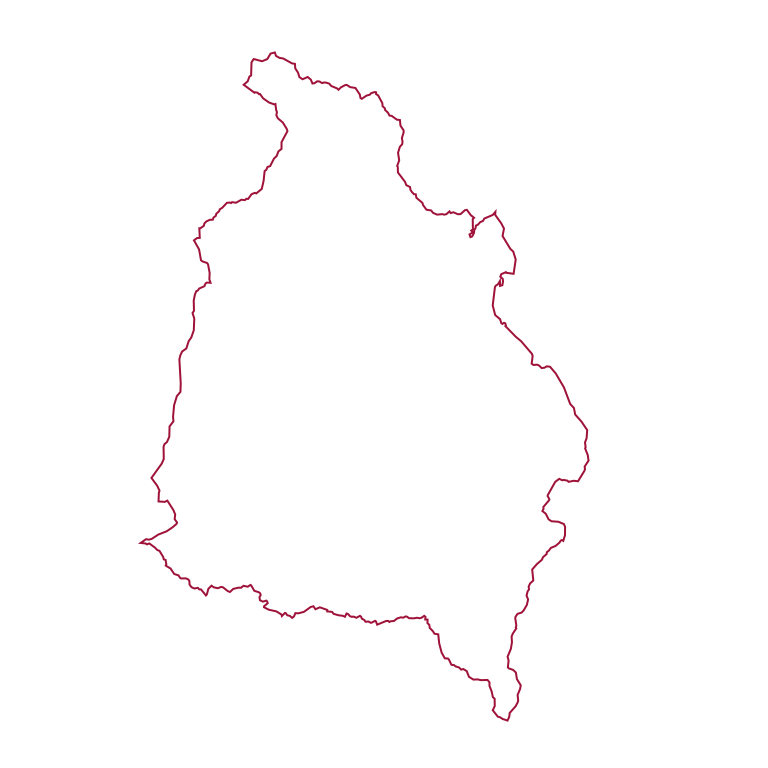 Reghiu, Vrancea, Romania (Natural Earth projection), rotated 110°
{"feature_id": "2599482B22331629819440", "entity_name": "Reghiu", "entity_type": "district", "adm_level": 2, "iso_a3": "ROU", "parent_name": "Romania", "parent_adm1": "Vrancea", "projection": "natural_earth1", "projection_center": [26.855, 45.811], "detail": "fine", "context": "isolated", "style": "outline", "palette": "rose", "viewbox_px": 768, "rotation_deg": 110, "n_neighbors": 0, "source": "geoboundaries", "source_scale": "gbopen_adm2", "svg_char_len": 6166}
<svg xmlns="http://www.w3.org/2000/svg" viewBox="0 0 768 768"><g transform="rotate(110 384 384)"><path d="M453.0,575.2L461.0,572.6L466.2,574.5L475.7,574.0L487.0,571.0L491.1,569.1L497.2,571.0L507.1,567.7L512.8,568.1L515.5,569.7L518.3,569.7L529.8,565.3L534.7,565.6L551.8,570.4L557.2,562.3L561.0,558.5L563.4,558.3L571.5,555.7L569.7,549.6L567.7,547.7L574.4,538.9L578.0,535.6L582.6,534.5L584.9,531.1L586.4,531.1L591.0,533.7L596.8,537.9L602.7,544.6L609.0,549.3L610.7,551.7L611.2,554.5L616.6,558.3L615.4,553.4L615.8,551.9L614.1,550.0L616.1,543.2L617.5,540.4L617.6,537.9L622.2,532.2L624.1,531.0L624.0,529.1L627.8,526.9L629.3,527.0L630.4,521.5L634.3,516.1L634.1,511.7L635.9,509.3L636.1,508.0L634.4,503.7L634.6,501.0L635.7,499.5L639.0,498.1L640.8,495.3L641.0,492.2L639.2,489.2L640.2,487.3L639.6,485.7L643.6,479.0L642.3,478.5L636.5,479.0L632.5,477.1L633.3,474.5L632.7,470.2L630.4,467.7L630.1,465.8L632.1,459.8L632.1,457.6L628.1,455.6L625.1,451.0L624.4,448.7L621.7,447.0L621.1,442.7L618.5,440.8L618.7,439.9L622.7,435.1L622.5,430.5L623.0,428.8L624.5,427.7L626.9,428.1L629.6,426.6L629.9,423.3L627.8,420.5L628.3,419.4L629.8,418.3L633.9,420.7L634.8,420.4L635.5,415.2L634.5,407.3L635.7,401.5L637.0,400.6L633.0,398.8L632.9,398.0L634.4,395.9L634.1,393.1L635.2,390.3L633.2,389.1L629.6,388.9L628.9,386.3L625.6,381.4L618.6,376.6L617.0,374.3L619.1,371.4L615.8,367.9L615.7,360.1L617.1,359.6L615.9,354.9L617.2,352.8L616.9,347.8L615.9,343.4L616.1,341.1L612.5,340.7L612.4,339.3L613.8,336.6L613.8,334.6L613.0,333.2L613.1,330.0L610.1,327.3L610.5,326.0L612.1,324.5L612.5,321.8L613.7,320.1L612.5,317.2L612.9,314.9L612.5,314.0L609.6,311.4L609.8,310.4L612.5,308.1L605.9,300.9L605.2,299.0L605.8,297.6L604.6,296.5L603.3,293.6L599.9,291.5L597.5,288.4L597.0,286.0L595.0,284.2L594.8,282.7L595.5,280.4L594.0,275.8L592.4,273.1L592.0,270.5L590.9,268.9L588.1,266.9L588.6,265.4L591.2,264.7L590.5,262.5L593.8,261.4L594.9,259.0L597.5,257.7L599.7,253.3L601.4,251.2L600.7,247.4L608.7,243.5L616.7,238.0L621.0,233.0L620.1,230.1L620.8,228.7L624.8,224.6L624.2,222.0L624.9,220.3L624.7,216.6L626.0,213.7L624.7,212.0L625.5,208.1L630.1,204.0L631.2,198.9L629.6,195.1L629.1,191.5L626.7,185.5L628.3,182.8L631.5,181.7L636.2,177.6L641.0,174.6L641.9,172.4L648.7,169.8L653.4,170.2L657.7,163.2L657.5,160.6L658.2,158.1L658.0,152.8L653.8,152.5L650.2,153.4L641.8,150.1L637.5,149.5L635.7,149.6L630.5,152.1L624.0,151.8L620.3,152.5L615.8,158.2L610.0,161.4L608.5,164.9L608.5,169.7L607.9,170.7L601.3,172.3L598.0,174.6L589.6,174.2L583.0,175.4L577.7,177.7L574.5,177.6L568.4,176.1L567.8,176.9L565.8,177.0L559.1,180.6L557.7,180.8L554.3,179.9L551.7,176.5L548.9,175.3L542.8,174.2L537.2,174.9L534.0,177.7L529.8,178.1L527.4,177.5L524.8,178.8L521.4,178.5L517.6,176.5L507.6,181.3L500.9,178.7L495.1,175.5L492.2,175.3L488.2,173.0L486.4,173.5L484.2,172.1L480.9,171.1L477.5,167.4L473.1,164.9L470.6,164.3L469.8,163.4L470.1,161.9L464.2,162.2L456.2,165.0L454.1,167.1L453.8,173.0L455.7,179.6L454.9,183.0L450.6,187.6L449.2,191.7L446.7,191.4L445.1,192.2L436.7,189.1L435.7,189.2L433.2,192.0L432.3,192.1L417.3,189.6L413.2,186.9L413.5,183.5L412.7,182.5L412.1,178.5L412.8,177.1L410.1,172.7L409.0,168.4L397.2,166.0L395.3,166.0L393.0,167.2L386.0,165.6L381.0,168.3L375.7,173.0L374.5,172.9L370.2,175.1L365.6,175.1L357.8,177.3L351.8,185.6L347.3,193.9L341.6,197.3L339.1,202.2L325.7,213.7L315.3,226.3L311.0,233.9L311.7,237.0L313.8,238.8L315.1,241.2L313.5,245.0L313.5,246.8L315.0,250.1L314.4,252.2L306.8,253.9L305.0,255.4L296.9,269.8L294.5,276.4L288.1,289.7L287.4,289.4L285.5,290.8L285.5,292.2L287.0,293.2L286.8,294.5L283.4,297.1L281.2,303.1L273.0,308.7L255.0,312.9L253.4,312.6L251.3,311.0L247.6,310.3L252.1,308.5L250.7,306.6L247.0,307.2L244.6,308.4L243.4,311.4L240.6,311.3L237.2,307.7L237.7,307.1L236.1,299.9L222.0,302.8L215.4,307.8L213.8,311.5L204.4,323.2L196.9,324.4L192.9,328.8L187.0,337.4L184.1,338.2L188.0,339.7L194.2,346.3L197.0,346.8L198.9,348.9L202.3,350.3L203.7,351.8L206.1,351.3L208.6,351.8L211.2,351.1L215.1,351.6L216.4,353.0L214.2,354.8L211.1,352.5L210.0,354.5L208.4,353.3L198.7,357.0L197.0,356.2L195.7,360.1L192.0,365.7L193.0,367.4L198.2,370.2L199.2,372.7L198.9,377.5L200.6,379.9L199.4,381.5L203.1,383.5L204.3,385.4L204.4,387.2L206.7,392.1L206.4,396.5L204.8,399.0L205.7,403.7L202.5,408.5L200.7,409.8L197.9,417.3L194.9,419.0L195.4,420.8L193.9,423.7L192.4,425.6L190.0,426.9L189.5,431.1L186.9,433.3L180.5,443.2L175.3,445.3L174.6,446.2L168.7,446.2L161.9,449.9L155.6,450.2L152.4,448.9L149.9,449.5L146.8,451.3L140.8,451.6L138.9,452.4L135.6,456.9L130.5,459.3L131.2,462.4L129.4,468.5L129.9,470.6L127.6,473.2L126.2,476.6L124.5,477.7L123.5,480.3L120.7,481.6L114.8,488.2L114.3,490.6L112.6,491.2L112.8,492.6L115.2,495.6L117.1,496.4L119.0,499.1L123.6,502.4L123.3,503.9L120.2,505.8L115.6,512.1L116.6,517.3L115.7,521.3L116.3,522.6L119.9,525.9L123.1,527.4L122.3,529.1L122.0,535.5L120.5,538.1L120.6,541.5L121.2,543.5L122.4,545.1L121.8,548.1L122.4,550.3L125.0,552.1L126.1,554.0L123.0,556.9L121.6,560.7L125.5,564.8L124.5,568.5L120.8,571.3L117.8,575.3L113.6,577.2L114.2,580.0L112.6,590.1L113.3,593.8L112.6,597.7L109.8,600.0L112.3,603.6L118.6,604.8L122.4,609.0L123.2,617.6L127.1,618.5L139.5,614.4L141.2,615.6L146.2,615.6L150.8,618.2L154.6,605.4L154.0,605.1L153.5,602.5L154.4,600.5L153.9,599.7L156.9,595.3L158.8,588.3L158.8,582.8L158.0,581.8L163.2,579.2L165.1,577.6L168.2,577.1L170.6,574.7L172.9,568.5L177.5,562.7L179.4,561.2L191.8,563.0L198.1,560.7L201.6,562.8L206.4,562.8L209.9,564.5L218.2,565.5L219.9,567.7L222.8,567.8L224.7,569.0L234.4,566.6L242.5,565.6L248.6,569.2L248.6,570.9L251.0,573.4L256.6,575.0L257.0,576.7L258.8,577.6L259.6,581.0L264.3,585.1L265.1,589.0L266.3,589.6L266.2,590.9L267.5,593.6L273.6,596.2L276.1,598.1L277.9,598.0L281.4,599.8L283.6,599.6L285.8,601.1L288.2,601.1L289.1,603.6L291.8,606.4L294.6,607.7L297.0,607.4L300.5,609.9L300.8,610.8L309.7,607.1L310.8,609.6L314.0,611.7L320.8,603.8L330.3,598.3L330.9,596.5L330.8,591.7L331.7,590.3L339.3,585.8L345.4,583.9L348.2,581.6L349.3,585.2L350.6,586.1L353.5,586.2L357.5,590.3L360.1,591.1L360.9,592.1L364.3,592.3L370.5,591.4L380.2,587.6L382.8,588.2L387.3,584.7L398.6,581.1L406.1,581.0L410.6,582.2L418.2,581.9L422.5,584.8L426.7,585.2L430.9,584.7L453.0,575.2Z" fill="none" stroke="#9f1239" stroke-width="2"/></g></svg>